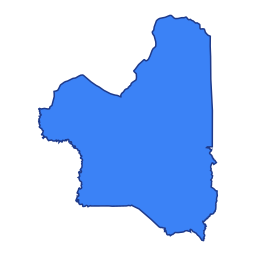 Tan Bien, Tây Ninh, Vietnam
{"feature_id": "81297802B37342354446447", "entity_name": "Tan Bien", "entity_type": "district", "adm_level": 2, "iso_a3": "VNM", "parent_name": "Vietnam", "parent_adm1": "Tây Ninh", "projection": "mercator", "projection_center": [105.982, 11.586], "detail": "fine", "context": "isolated", "style": "filled", "palette": "blue", "viewbox_px": 256, "rotation_deg": 0, "n_neighbors": 0, "source": "geoboundaries", "source_scale": "gbopen_adm2", "svg_char_len": 5779}
<svg xmlns="http://www.w3.org/2000/svg" viewBox="0 0 256 256"><path d="M190.5,231.9L190.1,229.8L190.3,229.4L190.8,229.4L192.0,230.2L193.0,231.6L194.3,232.1L194.9,232.6L195.7,232.9L196.2,233.3L197.7,235.2L198.3,235.5L199.8,237.1L201.8,240.2L203.2,240.3L203.3,240.6L203.6,240.5L203.8,239.1L203.5,238.4L203.9,238.3L203.6,238.0L204.1,237.4L204.1,236.5L204.7,235.9L204.6,234.9L203.7,233.4L204.0,232.3L204.0,231.3L204.1,230.9L203.9,230.6L204.7,230.0L204.7,229.8L205.5,228.5L205.3,228.3L205.4,228.0L205.0,227.9L205.0,227.4L205.4,226.3L206.0,226.2L205.6,225.6L205.8,225.2L205.3,224.4L205.2,224.3L205.0,224.6L204.9,224.3L204.6,224.5L204.4,224.4L204.1,224.0L203.7,223.1L203.1,222.6L202.9,221.4L203.6,221.5L204.2,221.2L204.9,220.6L205.1,220.0L205.6,219.9L206.0,219.2L206.6,218.9L206.8,218.4L207.2,218.6L207.9,217.9L208.1,217.6L208.2,217.0L209.1,216.6L209.3,216.0L209.6,215.8L209.8,216.0L209.9,215.9L210.2,214.5L210.8,214.5L211.0,214.4L210.9,214.1L212.8,213.9L213.7,213.2L214.0,212.3L214.6,211.9L214.8,211.2L215.2,211.1L215.2,210.5L215.7,209.3L215.9,206.5L215.7,205.8L216.0,205.1L215.8,203.7L215.9,202.9L216.3,202.1L216.4,201.3L216.9,200.9L216.5,199.5L216.7,197.6L217.3,195.7L217.0,192.9L217.1,191.0L215.7,190.7L213.9,188.8L211.2,187.0L211.2,185.9L211.5,185.2L211.5,183.9L211.5,182.0L211.8,181.2L210.8,180.0L212.0,178.3L212.6,175.7L211.5,174.6L212.1,173.3L212.1,172.9L211.5,171.1L210.6,170.5L211.0,169.8L211.2,168.8L210.7,167.7L210.7,166.1L211.9,163.3L212.3,162.9L212.9,163.0L213.8,164.4L216.4,162.6L214.9,160.4L213.5,159.5L213.6,158.9L212.6,157.9L212.6,157.2L212.1,156.8L211.8,155.5L210.0,153.9L209.6,153.3L209.6,152.9L210.3,151.8L211.4,150.7L211.6,149.6L211.1,149.9L210.7,149.8L210.1,149.4L210.1,148.8L209.3,148.1L206.6,147.6L207.3,146.9L212.3,146.8L212.4,110.6L210.8,79.2L210.6,56.7L210.2,46.1L210.3,36.2L208.2,35.3L207.2,34.5L206.1,33.1L205.5,32.7L204.4,29.2L203.1,28.8L200.6,29.0L200.2,28.7L200.0,28.0L199.8,24.8L199.5,24.3L197.2,22.9L195.5,23.0L193.1,20.9L191.6,20.4L190.5,19.4L188.8,19.7L188.2,19.4L186.4,17.2L185.7,17.1L184.1,17.7L181.6,17.7L178.0,18.5L175.5,18.6L174.3,18.2L171.6,15.7L171.0,15.4L169.9,15.4L165.2,17.3L159.8,18.4L158.4,19.1L157.1,20.1L156.4,20.9L154.2,27.0L153.8,29.9L152.3,31.9L152.3,32.5L152.7,33.8L154.2,36.0L155.7,41.6L155.9,43.8L155.7,46.3L154.5,47.6L153.3,48.4L152.1,50.4L150.0,56.1L148.5,59.1L147.4,60.3L146.2,60.8L145.7,60.7L144.4,59.7L143.9,59.8L138.7,64.5L135.4,69.0L133.8,70.9L134.0,71.5L136.3,73.8L136.5,77.3L136.2,79.6L135.5,80.3L132.5,82.3L131.3,83.4L130.6,85.5L130.0,86.0L129.7,85.9L129.1,86.8L128.5,87.0L128.0,88.2L127.7,88.5L125.9,89.1L124.9,89.8L123.4,92.0L121.8,93.3L121.2,94.2L120.8,95.4L120.9,96.8L120.5,96.8L117.6,95.5L114.7,95.0L110.4,93.7L103.8,90.3L99.3,87.1L96.1,85.4L91.2,82.0L83.4,75.3L82.5,75.0L80.7,75.2L78.8,76.1L75.5,78.0L72.9,78.4L67.4,81.1L65.8,81.5L64.3,82.2L60.7,84.8L60.2,85.5L58.8,88.5L57.7,90.3L55.9,91.0L54.0,91.4L54.2,93.9L54.2,96.7L53.6,99.1L51.9,105.5L50.3,106.6L49.9,107.1L49.6,108.6L49.3,108.8L47.8,109.0L44.4,108.4L41.1,109.0L39.6,108.4L38.8,108.9L39.0,109.6L39.3,109.8L39.8,110.5L39.8,111.0L39.5,111.3L40.1,112.5L39.8,113.3L40.1,113.8L40.2,114.2L40.8,114.2L41.1,114.8L41.0,115.2L40.4,115.5L40.2,116.1L39.4,116.3L40.0,116.9L40.0,117.4L39.7,118.0L39.1,118.6L39.1,119.4L38.8,120.0L39.3,120.3L39.4,120.7L38.7,121.5L38.8,121.8L39.5,121.8L39.7,122.1L39.6,122.5L39.1,122.9L39.5,124.5L39.9,124.9L40.0,125.7L39.3,126.8L39.4,127.1L40.9,128.4L41.6,128.5L42.2,130.0L43.3,130.8L42.4,134.0L42.0,134.3L41.7,134.2L41.6,134.5L41.7,134.8L42.7,134.8L43.7,135.8L43.8,136.3L43.4,136.8L43.3,137.3L42.7,137.6L43.2,138.3L43.5,138.0L43.7,137.5L44.3,137.4L44.5,136.9L44.8,136.7L45.4,137.1L46.6,137.2L47.0,138.4L48.5,140.6L51.5,140.0L52.0,140.2L52.5,140.7L53.5,141.0L54.4,141.0L55.2,140.8L56.0,140.2L56.4,140.1L56.7,140.3L56.7,140.6L56.3,141.9L57.6,140.6L58.6,140.3L59.1,140.7L59.0,142.3L59.8,141.4L60.5,141.0L61.0,141.0L61.3,141.7L62.0,142.0L62.2,141.8L62.5,140.6L62.8,140.3L64.5,140.8L65.4,140.6L65.1,140.3L65.4,139.8L66.3,139.7L66.7,140.4L67.4,139.5L68.4,139.5L68.9,140.1L68.9,141.7L69.2,142.2L69.7,141.9L70.4,142.0L70.8,141.7L71.3,141.9L71.5,142.5L71.4,143.1L70.5,143.6L71.8,144.2L72.3,144.6L72.8,145.3L72.8,145.7L72.6,146.0L73.7,146.2L74.8,146.0L75.2,146.2L75.3,146.6L75.1,147.1L74.5,147.7L73.9,147.7L74.1,148.0L76.1,148.4L77.1,148.8L77.7,149.4L78.1,150.6L79.3,150.8L79.6,151.1L79.6,151.6L79.1,152.5L79.1,153.0L79.9,153.2L80.8,155.6L81.5,155.7L81.7,156.1L81.6,156.7L80.9,157.2L80.5,157.9L80.8,158.3L82.1,159.0L82.4,159.6L82.5,160.4L81.7,161.6L82.2,162.6L82.1,163.2L81.7,163.7L82.1,165.1L81.9,167.3L81.6,168.0L81.0,168.5L80.7,169.5L80.3,169.9L81.3,170.8L81.5,171.2L81.4,171.9L81.0,172.6L80.7,172.7L80.0,172.3L79.8,171.6L79.2,171.7L78.9,172.0L78.7,172.7L79.3,173.6L79.7,176.2L79.4,176.7L78.2,177.5L79.1,178.1L79.3,179.6L80.1,181.0L81.0,181.5L81.5,182.1L81.6,182.7L81.4,183.3L81.8,184.4L81.1,185.1L81.7,187.7L81.4,188.3L80.2,189.0L79.6,188.8L79.5,188.1L78.8,188.4L78.4,190.1L77.2,192.6L77.4,193.5L78.4,193.3L78.7,193.7L78.8,195.8L78.3,196.3L77.3,196.0L77.3,197.0L75.9,200.4L76.1,200.9L77.0,201.7L77.5,199.9L77.8,199.6L78.6,199.8L78.7,200.3L78.5,201.2L78.5,201.9L79.1,203.8L79.9,204.5L82.2,204.2L82.6,204.8L82.7,206.1L83.1,206.5L85.0,206.3L86.0,205.5L86.7,205.4L87.4,205.7L88.0,206.7L90.1,205.7L90.7,205.7L90.9,206.0L108.6,205.9L112.3,206.2L126.4,205.9L128.8,205.4L130.3,205.8L131.8,205.2L132.8,205.9L139.0,208.9L151.2,219.4L159.0,226.8L160.3,227.5L162.2,227.5L162.7,227.8L165.1,228.2L165.3,229.0L164.3,229.6L164.4,229.9L165.4,230.5L164.8,230.8L164.9,231.1L164.7,231.5L166.0,231.6L166.9,234.3L167.3,234.7L168.0,234.9L169.6,234.6L170.3,235.7L172.1,234.5L172.8,234.4L175.1,232.5L178.0,232.6L182.3,232.1L183.8,231.8L185.0,231.0L185.7,230.8L187.3,230.6L188.0,231.1L189.4,231.2L190.5,231.9Z" fill="#3b82f6" stroke="#1e3a8a" stroke-width="1.5"/></svg>